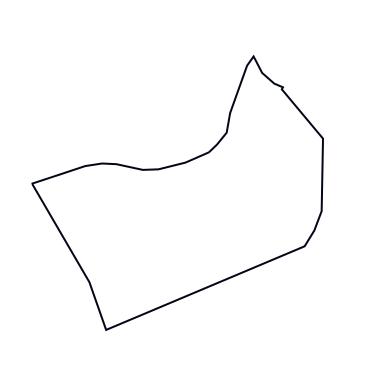 outline of Penal-Debe, rotated 65°
{"feature_id": "TTO-59", "entity_name": "Penal-Debe", "entity_type": "Region", "adm_level": 1, "iso_a3": "TTO", "parent_name": "Trinidad and Tobago", "parent_adm1": "", "projection": "robinson", "projection_center": [-61.471, 10.164], "detail": "fine", "context": "isolated", "style": "outline", "palette": "ink", "viewbox_px": 384, "rotation_deg": 65, "n_neighbors": 0, "source": "natural_earth", "source_scale": "10m", "svg_char_len": 463}
<svg xmlns="http://www.w3.org/2000/svg" viewBox="0 0 384 384"><g transform="rotate(65 192 192)"><path d="M95.2,78.9L99.1,78.7L113.8,78.1L128.6,71.6L135.6,65.3L136.9,67.2L199.0,50.7L264.2,82.6L278.6,97.4L288.8,112.8L280.7,328.1L230.4,323.1L118.3,333.3L116.9,333.0L123.4,277.7L128.2,261.4L134.8,248.8L151.2,227.2L157.3,212.8L162.6,185.5L163.2,159.9L159.6,149.3L152.9,135.5L136.5,124.0L100.8,88.7L95.2,78.9Z" fill="none" stroke="#020617" stroke-width="2"/></g></svg>